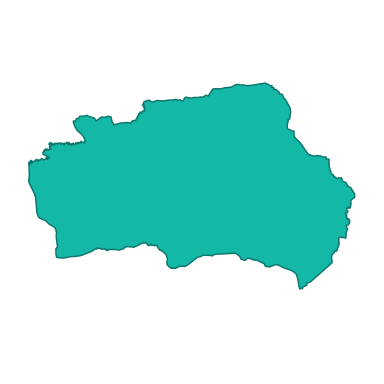 Chok Chai, Nakhon Ratchasima, Thailand, rotated 86°
{"feature_id": "78962969B33343210665646", "entity_name": "Chok Chai", "entity_type": "district", "adm_level": 2, "iso_a3": "THA", "parent_name": "Thailand", "parent_adm1": "Nakhon Ratchasima", "projection": "mercator", "projection_center": [102.192, 14.755], "detail": "fine", "context": "isolated", "style": "filled", "palette": "teal", "viewbox_px": 384, "rotation_deg": 86, "n_neighbors": 0, "source": "geoboundaries", "source_scale": "gbopen_adm2", "svg_char_len": 5988}
<svg xmlns="http://www.w3.org/2000/svg" viewBox="0 0 384 384"><g transform="rotate(86 192 192)"><path d="M290.1,80.4L272.3,57.2L267.4,57.4L265.6,57.1L263.9,56.2L262.4,54.5L260.7,53.4L261.0,52.0L254.7,49.0L253.7,48.8L251.7,49.0L247.6,48.9L247.7,45.9L248.6,41.7L242.6,41.0L242.1,40.4L241.0,40.2L239.7,39.3L237.0,40.7L236.1,40.2L236.1,39.0L234.3,37.2L231.4,36.7L230.4,37.1L230.2,37.6L229.9,37.7L230.0,38.6L229.4,38.3L228.9,39.4L228.3,39.6L225.8,39.2L224.7,40.4L224.0,40.6L223.4,40.2L223.6,39.1L223.3,38.5L222.0,37.8L221.3,38.6L220.2,39.1L219.2,39.0L219.2,38.1L218.8,37.9L219.0,37.5L218.6,37.2L218.8,36.0L219.1,35.8L218.9,35.4L218.3,36.1L218.4,35.4L217.6,34.9L214.9,34.2L211.8,34.3L210.6,33.1L208.8,30.4L207.6,29.9L204.8,30.1L203.5,31.1L201.9,31.4L201.2,32.7L200.0,32.5L199.0,33.1L198.1,34.6L197.2,35.2L196.7,36.8L195.8,36.6L195.1,37.1L193.4,37.7L192.9,38.4L192.3,40.1L191.2,41.3L188.3,42.0L188.4,43.8L188.1,45.1L188.9,46.3L186.9,48.3L186.7,49.4L185.2,49.6L184.4,50.3L183.6,51.8L180.3,52.3L179.1,52.8L176.1,53.3L170.6,53.3L169.5,52.8L169.3,53.2L168.8,53.3L168.4,55.9L166.4,55.9L166.2,59.3L165.2,60.6L164.4,64.4L164.8,67.7L163.5,71.2L163.0,71.7L163.5,72.5L160.4,74.7L150.2,80.7L145.6,84.9L143.3,86.3L138.4,86.0L138.3,87.4L135.5,92.5L131.3,92.3L130.4,91.8L127.9,91.4L127.8,90.9L126.6,91.1L126.2,90.8L125.9,89.5L118.9,88.0L114.0,88.6L105.8,92.7L105.7,93.4L100.8,95.2L100.4,97.9L99.1,97.8L95.4,101.3L95.3,103.5L93.5,103.3L93.1,105.2L91.6,104.9L91.6,106.1L91.0,107.3L90.0,108.2L89.7,109.4L88.5,111.1L89.8,126.8L89.6,130.5L89.2,132.7L88.6,133.1L88.8,135.4L87.9,138.8L88.2,141.8L89.4,143.6L90.2,146.3L90.3,151.7L91.1,156.6L90.6,161.0L90.7,164.0L97.3,169.1L96.4,171.8L97.5,173.0L98.1,174.9L98.2,175.8L97.7,177.1L98.1,178.0L97.9,184.2L98.3,185.9L97.7,189.3L97.1,190.7L97.2,191.6L97.7,192.9L99.8,194.0L100.7,195.1L100.3,196.2L99.1,197.4L99.7,200.0L98.7,200.6L98.5,201.9L98.9,205.0L98.7,208.4L99.1,214.4L98.6,218.9L98.1,220.2L99.0,222.5L99.1,224.4L99.6,225.1L98.8,227.0L97.6,227.7L97.5,230.0L98.4,231.8L98.2,233.1L99.9,234.3L100.6,234.0L101.6,235.1L101.8,234.4L103.2,234.6L102.5,233.7L103.3,233.6L103.7,234.1L104.3,233.5L105.3,233.7L105.5,233.3L106.3,233.7L107.5,233.7L107.4,234.2L107.9,234.3L107.8,234.8L108.1,235.0L108.0,235.6L108.8,236.2L108.9,236.7L109.6,236.7L109.3,237.4L108.8,237.7L108.8,238.1L109.5,238.0L110.1,239.5L111.9,239.8L112.1,240.5L112.5,240.5L113.7,241.6L114.7,241.8L115.8,242.8L116.3,242.9L116.3,243.7L116.8,244.2L116.7,246.3L117.7,246.7L117.7,247.2L118.3,248.0L119.3,248.3L118.2,250.9L118.3,259.0L119.3,262.8L119.1,263.4L119.6,265.2L117.8,265.9L116.6,266.9L114.2,267.1L112.5,267.6L111.7,267.3L110.5,270.1L111.5,274.3L110.8,276.5L111.0,277.3L114.4,282.7L111.8,284.0L110.4,286.7L110.3,287.5L108.7,291.2L108.2,291.5L108.8,295.0L108.6,297.2L108.8,298.9L110.4,299.7L111.0,302.3L113.2,303.4L112.9,305.2L114.5,305.5L118.9,304.1L121.9,302.6L123.7,301.3L126.1,298.7L130.0,295.9L130.4,296.1L130.8,295.7L133.4,294.9L133.6,295.6L134.5,295.8L135.0,295.4L135.3,295.5L135.1,297.3L133.7,299.1L134.1,299.4L135.1,299.4L134.7,300.5L135.6,301.2L134.6,302.4L134.7,302.7L135.6,302.7L134.9,304.4L135.3,304.6L135.9,304.3L136.5,306.0L136.4,306.3L135.8,306.4L135.1,307.0L135.5,308.4L136.6,308.1L137.0,308.6L136.5,309.4L135.6,309.8L135.9,310.5L134.2,311.1L134.3,311.9L135.6,311.9L135.4,312.7L133.7,313.2L134.7,314.7L134.6,315.9L135.9,316.2L134.5,317.5L134.3,318.6L135.2,318.8L135.2,319.2L135.0,319.7L134.2,319.7L133.9,321.0L134.2,322.5L134.8,322.7L134.0,323.6L134.0,325.8L134.3,326.0L135.3,325.7L135.6,326.4L134.3,327.6L134.2,327.9L134.6,328.1L134.3,328.9L133.6,328.4L132.9,330.1L133.5,331.0L134.3,331.3L135.1,330.5L135.5,329.3L136.6,329.4L136.7,330.9L138.1,330.9L138.9,330.0L139.5,329.9L139.5,331.6L139.9,332.1L139.1,333.5L140.3,334.2L140.1,334.7L139.2,334.8L139.0,335.1L140.0,336.5L140.7,336.5L140.9,337.1L141.8,337.0L141.8,337.6L142.1,337.9L144.3,337.8L144.9,335.9L144.9,335.0L145.7,334.9L147.3,333.4L147.1,332.7L147.3,332.0L147.9,332.1L148.7,333.1L148.1,333.6L147.5,335.0L148.2,335.2L149.2,334.6L149.0,336.4L149.7,337.5L149.0,338.0L148.2,339.9L149.2,340.8L149.6,341.6L149.4,342.7L150.3,342.8L150.7,343.6L150.6,343.9L150.0,344.2L148.9,344.3L148.7,345.2L149.8,346.1L150.2,347.2L151.3,348.7L149.6,349.8L149.3,350.4L149.6,350.9L150.3,350.9L151.5,349.6L152.6,350.3L152.3,350.9L152.4,352.0L152.1,352.1L151.1,351.5L150.6,352.0L150.7,352.3L151.4,352.4L152.1,353.0L152.7,352.7L162.8,353.0L166.4,353.4L169.2,354.1L170.4,354.1L171.9,353.7L182.3,349.4L186.3,348.4L200.6,348.2L202.6,348.0L205.1,347.3L206.8,346.5L207.5,345.7L210.2,340.3L214.3,336.5L217.1,332.1L219.6,330.5L223.0,330.0L227.0,330.6L237.2,330.0L239.5,331.9L241.8,331.7L243.3,332.1L247.6,331.7L247.7,330.8L248.2,330.0L248.7,326.9L248.9,323.9L248.1,319.2L248.0,316.1L248.2,313.8L247.6,307.0L245.0,298.5L243.6,294.9L242.9,294.1L242.7,293.3L242.0,292.3L242.2,291.1L241.3,290.9L241.7,289.5L241.9,287.2L242.3,287.0L242.9,285.8L242.6,282.6L243.5,282.4L243.6,281.1L244.4,281.2L244.4,280.1L243.7,279.9L243.6,278.3L244.0,272.3L244.7,269.9L244.8,268.4L243.7,263.8L242.4,263.3L241.9,260.0L242.5,257.8L242.2,256.7L243.0,254.9L242.9,253.5L239.9,245.8L239.4,242.7L239.7,241.3L240.2,240.6L242.1,239.5L242.5,238.9L242.2,237.6L241.2,236.9L242.5,235.7L242.5,234.1L243.0,233.1L242.3,232.2L242.4,231.1L242.8,231.1L243.3,230.6L245.4,229.7L247.5,228.4L249.1,225.6L251.6,223.0L253.6,221.9L256.8,221.2L258.4,221.3L260.2,222.1L262.3,221.9L263.5,221.4L266.5,218.4L266.8,216.5L266.9,213.5L265.6,210.5L265.4,209.0L265.2,207.2L265.7,204.0L263.9,200.6L257.3,190.8L257.0,188.0L255.8,184.9L256.6,177.6L257.2,176.6L256.4,175.4L255.6,172.3L255.9,168.2L256.0,153.4L257.3,151.2L258.9,149.6L260.6,148.2L261.7,148.3L262.3,147.8L264.0,144.0L262.0,141.3L262.5,138.4L264.0,135.8L264.5,132.1L268.4,125.4L269.4,124.6L271.0,124.1L271.3,123.6L272.1,120.4L271.8,118.5L270.3,114.0L270.4,112.9L271.5,109.9L274.0,105.9L276.3,100.2L278.3,96.6L281.1,93.7L286.1,92.5L294.4,91.8L296.1,91.3L295.9,88.5L294.8,88.6L292.9,83.9L291.0,84.1L290.1,80.4Z" fill="#14b8a6" stroke="#0f766e" stroke-width="1.5"/></g></svg>